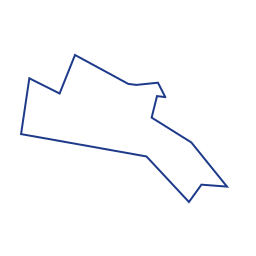 outline of Terekeka, Central Equatoria, South Sudan, rotated 187°
{"feature_id": "79223893B10688999436649", "entity_name": "Terekeka", "entity_type": "district", "adm_level": 2, "iso_a3": "SSD", "parent_name": "South Sudan", "parent_adm1": "Central Equatoria", "projection": "mercator", "projection_center": [31.189, 5.687], "detail": "fine", "context": "isolated", "style": "outline", "palette": "blue", "viewbox_px": 256, "rotation_deg": 187, "n_neighbors": 0, "source": "geoboundaries", "source_scale": "gbopen_adm2", "svg_char_len": 384}
<svg xmlns="http://www.w3.org/2000/svg" viewBox="0 0 256 256"><g transform="rotate(187 128 128)"><path d="M232.0,165.3L233.4,108.9L184.8,106.3L106.2,102.0L58.5,62.0L48.2,80.7L22.6,81.9L56.5,114.7L63.4,121.4L105.8,141.2L103.1,163.2L94.8,163.2L94.8,163.3L103.8,176.6L124.9,171.8L133.1,171.8L189.5,194.0L200.1,153.9L232.0,165.3Z" fill="none" stroke="#1e3a8a" stroke-width="2"/></g></svg>